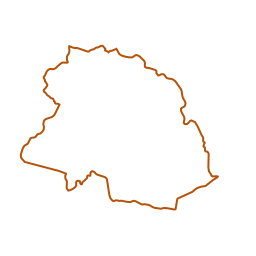 Copperbelt, Mercator projection, rotated 13°
{"feature_id": "ZMB-517", "entity_name": "Copperbelt", "entity_type": "Province", "adm_level": 1, "iso_a3": "ZMB", "parent_name": "Zambia", "parent_adm1": "", "projection": "mercator", "projection_center": [27.632, -13.082], "detail": "fine", "context": "isolated", "style": "outline", "palette": "amber", "viewbox_px": 256, "rotation_deg": 13, "n_neighbors": 0, "source": "natural_earth", "source_scale": "10m", "svg_char_len": 4633}
<svg xmlns="http://www.w3.org/2000/svg" viewBox="0 0 256 256"><g transform="rotate(13 128 128)"><path d="M98.8,53.5L99.3,53.9L103.0,58.0L105.4,58.8L109.3,59.1L113.3,58.9L116.0,58.3L117.6,56.9L118.6,55.7L119.7,55.0L121.9,55.2L123.7,55.9L128.6,58.9L129.8,60.5L130.2,62.7L130.7,64.6L132.7,65.2L134.2,64.9L135.5,64.8L141.9,65.4L142.7,65.9L143.0,66.7L143.2,67.5L143.5,68.3L145.6,70.0L146.9,69.5L148.2,68.2L150.4,67.6L152.0,68.4L153.3,69.7L154.8,70.7L157.1,70.7L158.8,70.4L160.6,70.6L162.2,71.1L163.7,71.9L170.8,78.2L172.0,80.1L173.7,84.4L174.8,86.4L177.7,89.5L178.6,91.2L178.5,93.5L177.5,95.0L176.1,96.0L175.3,97.2L175.9,99.5L177.7,101.8L179.6,103.8L180.9,105.9L181.2,110.4L182.1,111.3L183.4,111.3L184.8,110.7L185.6,109.7L186.9,107.1L188.0,106.4L192.0,107.2L195.5,110.8L201.4,118.5L202.9,119.8L203.5,120.8L204.3,124.0L204.6,124.4L205.8,124.8L206.1,125.2L206.1,125.6L205.7,126.6L205.7,127.0L205.7,127.4L205.6,128.3L205.7,128.8L206.0,129.2L206.5,129.4L207.0,129.5L207.3,129.7L208.1,132.8L208.9,133.3L210.6,133.3L211.4,133.7L212.4,135.0L215.1,148.1L216.5,151.8L219.1,154.4L220.2,155.8L221.6,156.1L223.2,155.7L224.8,155.1L226.4,155.1L226.2,155.7L226.0,156.0L225.7,156.4L222.3,159.8L216.8,166.8L216.4,167.1L216.1,167.3L212.7,168.6L209.7,170.4L209.0,170.9L207.2,172.8L205.6,175.0L205.1,175.7L192.6,185.3L192.3,185.6L192.1,185.9L192.0,186.4L192.6,196.2L192.2,196.7L191.3,197.0L184.3,197.3L180.9,197.9L180.5,198.0L179.4,198.7L178.6,199.1L178.1,199.2L177.6,199.3L171.9,199.8L170.3,199.6L166.3,198.4L165.4,198.3L162.6,198.4L161.0,198.7L159.3,199.3L158.6,199.3L157.5,199.1L152.1,197.7L151.5,197.6L150.7,197.6L149.6,197.8L149.1,198.1L148.6,198.4L148.3,198.7L148.0,199.0L147.3,199.5L146.9,199.7L146.4,199.8L143.4,200.2L138.6,200.3L137.6,200.5L136.8,200.7L136.5,200.9L135.8,201.0L133.5,201.0L132.7,201.2L132.1,201.4L131.0,202.2L130.6,202.4L130.2,202.5L129.4,202.3L128.5,201.8L126.7,200.4L125.7,198.8L124.8,197.2L119.0,182.7L117.7,181.5L116.0,181.0L108.8,180.4L107.8,180.1L106.9,179.7L105.4,178.6L104.9,178.4L104.4,178.3L102.9,178.1L101.6,179.5L101.6,180.7L102.0,181.8L101.8,183.0L101.3,183.2L100.7,183.1L99.9,183.2L99.3,183.6L99.1,184.4L99.2,185.0L99.4,185.4L99.3,186.0L98.6,187.3L95.8,191.0L95.7,191.5L95.8,192.2L95.8,192.9L95.3,193.3L94.7,193.3L94.1,192.8L93.7,192.2L93.1,190.7L92.1,190.5L91.0,190.8L90.2,191.2L89.7,192.3L89.9,193.6L90.5,195.5L89.7,197.7L87.7,200.0L85.4,201.7L83.9,202.4L83.0,201.6L82.7,201.4L82.2,200.9L81.9,200.4L81.3,198.6L81.2,197.0L81.1,196.6L80.8,195.7L80.6,194.2L80.4,193.8L80.2,193.4L80.0,193.0L78.8,191.9L78.5,191.5L78.3,191.1L77.6,188.9L77.7,188.4L77.7,187.9L77.9,187.4L77.9,186.9L77.8,186.4L70.4,185.4L35.1,184.3L32.1,182.3L30.8,181.2L30.5,180.7L30.1,179.9L29.7,178.8L29.6,177.8L30.0,172.0L30.3,170.6L30.9,169.0L31.4,168.2L31.7,167.9L33.3,166.5L33.6,166.2L33.8,165.8L34.1,165.1L35.1,160.8L35.3,160.1L35.7,159.6L36.0,159.4L36.8,159.0L38.5,158.4L39.3,158.0L39.7,157.6L40.1,157.1L41.1,154.7L41.4,154.4L41.7,154.1L43.7,153.1L44.2,152.7L44.7,151.9L45.6,150.3L45.9,149.4L46.1,148.6L46.2,148.1L46.0,146.6L45.8,145.7L44.8,143.7L44.6,143.1L44.5,142.3L44.5,140.8L44.6,140.0L44.8,139.3L45.0,138.9L45.3,138.5L45.6,138.2L46.2,137.6L51.1,134.6L51.7,134.0L52.5,133.1L53.1,132.2L53.4,131.5L53.6,130.9L56.0,120.7L55.6,120.4L55.2,120.3L54.6,120.2L54.1,120.2L52.1,120.5L51.6,120.3L51.2,120.0L50.9,119.2L50.6,118.8L50.2,118.6L49.8,118.5L49.6,118.1L49.2,117.3L49.0,117.0L48.7,116.7L48.3,116.4L47.9,116.3L47.7,116.3L46.1,116.2L45.7,116.0L45.3,115.8L44.6,115.2L44.1,115.0L41.8,114.1L41.4,113.8L41.1,113.5L40.5,112.9L40.2,112.6L39.4,112.1L38.5,111.7L38.1,111.4L37.7,111.0L37.4,110.5L37.4,110.0L37.5,109.6L38.3,108.4L39.1,106.5L39.4,106.0L39.7,105.2L39.8,104.6L39.7,104.1L39.4,103.8L37.8,102.0L37.4,101.8L37.0,101.5L36.6,101.0L36.4,100.2L36.1,99.7L35.8,99.3L35.4,99.0L35.0,98.7L34.7,98.2L34.4,97.4L34.5,96.9L35.0,95.9L35.3,95.2L36.1,91.3L36.4,90.7L36.6,90.2L37.4,89.1L38.0,88.5L38.8,88.0L39.2,87.9L39.7,87.8L41.2,87.7L41.7,87.6L42.5,87.2L43.2,86.7L43.9,86.1L44.7,85.1L45.6,83.5L48.6,79.6L49.3,79.1L50.2,78.8L53.6,78.2L54.0,78.0L54.5,77.7L54.5,77.4L54.3,77.0L53.7,76.3L52.9,74.3L52.7,73.7L52.6,73.0L52.5,71.8L52.7,71.0L52.9,70.4L53.2,69.9L53.5,69.1L53.6,66.3L53.5,65.8L52.5,62.7L52.4,62.2L52.3,61.6L52.6,61.5L53.0,61.5L55.0,61.9L57.4,62.1L58.2,62.0L59.9,61.6L60.9,61.5L71.7,62.6L72.3,62.4L72.8,62.0L73.9,60.7L74.4,60.3L75.5,59.7L75.9,59.4L77.2,58.8L78.4,57.3L78.8,56.9L79.2,56.7L80.1,56.5L80.5,56.3L81.2,55.8L82.5,54.6L83.2,54.1L83.6,54.0L84.8,53.6L85.6,54.2L86.9,55.1L88.1,55.9L88.1,56.4L88.0,57.1L88.2,57.6L90.7,58.0L91.7,58.4L92.0,58.6L93.2,57.0L94.5,56.5L94.9,56.3L98.5,53.8L98.8,53.5Z" fill="none" stroke="#b45309" stroke-width="2"/></g></svg>